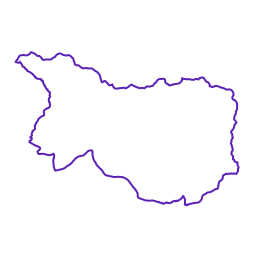 the district of Chiscas, Boyacá, Colombia, rotated 88°
{"feature_id": "7082276B27697411735501", "entity_name": "Chiscas", "entity_type": "district", "adm_level": 2, "iso_a3": "COL", "parent_name": "Colombia", "parent_adm1": "Boyacá", "projection": "orthographic", "projection_center": [-72.39, 6.674], "detail": "fine", "context": "isolated", "style": "outline", "palette": "violet", "viewbox_px": 256, "rotation_deg": 88, "n_neighbors": 0, "source": "geoboundaries", "source_scale": "gbopen_adm2", "svg_char_len": 5713}
<svg xmlns="http://www.w3.org/2000/svg" viewBox="0 0 256 256"><g transform="rotate(88 128 128)"><path d="M93.5,23.7L92.9,25.2L93.1,27.8L92.9,28.6L92.4,29.3L91.3,31.7L90.5,34.6L90.1,35.0L89.5,36.5L89.0,38.4L89.1,39.4L90.1,42.2L90.1,42.6L89.3,43.7L89.2,44.8L87.7,44.9L86.6,45.3L86.0,45.7L85.1,46.5L84.3,48.3L80.3,50.8L80.1,52.8L80.5,53.7L80.4,54.4L81.2,55.3L82.0,55.8L82.0,56.0L81.5,56.8L81.4,58.4L81.9,60.0L82.2,60.4L82.0,61.2L82.0,62.9L81.2,65.2L81.5,66.6L80.9,70.2L80.7,71.1L80.3,71.9L80.7,71.9L81.0,72.3L81.6,72.1L82.4,72.4L85.0,74.8L85.7,78.3L85.6,79.9L86.3,81.5L86.3,82.4L86.6,83.7L87.0,84.7L84.2,88.8L83.2,89.3L82.0,89.2L80.7,89.5L80.1,90.3L80.0,91.8L80.2,93.3L80.2,94.9L80.6,96.1L81.1,96.7L82.2,97.7L83.5,98.4L84.0,99.6L84.4,100.0L86.7,101.7L86.8,102.7L87.4,104.6L87.3,105.3L87.1,107.6L87.5,108.3L88.5,109.6L88.8,110.1L88.7,111.3L88.3,112.5L88.7,114.6L87.4,118.3L86.9,119.0L86.2,120.8L85.0,122.4L84.8,123.0L84.9,123.4L85.7,124.7L87.0,126.2L88.3,129.0L87.6,130.6L88.1,136.5L88.3,137.4L88.2,138.7L87.9,139.9L87.3,140.6L86.3,141.2L84.0,142.3L84.4,143.3L84.6,144.5L84.6,145.4L84.3,145.8L82.9,146.6L80.3,149.1L80.3,150.2L81.3,151.7L81.4,152.2L81.2,152.6L77.6,153.7L75.4,154.0L73.3,154.9L71.1,156.7L69.7,158.9L67.8,161.2L67.3,161.9L67.1,162.9L67.1,165.8L66.6,167.5L66.8,171.0L66.5,171.6L65.9,172.6L63.7,175.2L63.5,176.3L63.6,176.7L62.7,178.8L60.3,179.2L59.5,179.7L57.2,180.2L56.2,180.6L55.9,181.4L54.9,182.0L53.7,183.4L53.0,184.8L53.4,186.2L53.2,188.4L52.8,190.0L51.5,192.3L51.2,193.1L51.1,193.9L51.3,194.8L51.9,196.1L53.3,197.7L54.4,198.4L55.1,200.2L56.5,202.0L56.8,203.4L56.8,205.1L56.6,207.9L56.9,209.0L57.0,210.5L55.7,211.8L55.1,211.9L54.3,212.5L53.2,213.8L52.8,214.5L52.8,216.1L50.3,218.7L49.9,219.9L49.1,221.3L48.9,222.2L49.2,222.7L50.1,223.2L50.6,223.7L51.0,224.2L51.8,226.3L51.9,227.4L51.4,229.9L51.7,232.9L51.9,233.7L52.7,234.5L54.1,235.1L55.7,236.1L57.0,237.4L58.2,237.9L58.9,235.6L59.0,234.6L58.3,233.8L58.8,233.7L59.2,232.9L60.5,232.0L61.4,231.8L61.6,231.6L63.2,230.9L63.3,229.8L63.4,229.7L64.2,229.1L65.0,228.8L65.4,227.9L66.0,227.6L66.4,227.0L67.2,226.8L67.7,226.3L67.9,225.7L68.8,224.0L70.8,221.3L71.7,220.8L72.0,220.3L72.6,220.1L73.6,218.7L73.9,218.6L74.4,218.8L74.8,217.9L75.5,217.1L76.0,213.8L76.6,212.8L76.8,212.8L77.0,213.1L77.8,212.4L77.8,211.7L78.2,211.3L79.2,211.3L80.6,210.9L82.0,210.2L82.5,210.1L82.7,209.8L83.2,209.7L83.3,209.4L85.5,208.5L86.2,207.8L86.8,207.6L86.8,207.1L87.3,207.1L89.0,205.8L89.1,205.2L89.3,205.0L90.2,204.8L91.0,204.9L91.3,204.8L92.0,205.2L92.8,205.2L93.7,204.7L94.3,204.9L95.8,206.1L96.3,206.1L99.1,206.1L99.6,205.8L99.8,205.3L101.1,205.3L102.1,205.0L104.2,205.5L104.6,205.9L105.2,206.8L105.3,207.5L106.0,209.2L107.3,211.0L108.3,211.5L109.0,211.6L109.9,211.3L112.4,211.5L113.7,214.5L115.0,216.1L116.3,217.4L118.1,218.2L120.1,219.9L121.4,220.2L122.3,221.0L122.9,221.1L123.4,221.2L124.5,220.8L125.5,221.0L126.1,221.4L127.8,223.5L128.3,223.5L130.4,224.5L132.0,224.2L132.5,224.5L133.4,225.7L133.7,225.8L134.3,225.8L134.5,224.9L134.9,224.5L135.8,224.6L136.8,225.3L137.8,226.9L138.3,227.1L138.9,226.7L141.3,222.7L142.7,220.4L143.3,218.5L144.4,216.9L144.8,216.7L145.8,216.5L146.8,217.4L147.9,218.9L148.6,219.3L149.9,218.9L150.8,218.2L150.9,217.4L150.8,214.4L151.0,212.7L152.4,208.3L152.2,206.0L151.7,204.3L151.2,203.6L151.6,203.0L152.6,202.7L155.5,203.1L155.9,203.4L157.1,203.8L158.5,203.9L159.4,203.7L162.4,203.7L163.8,203.5L167.0,202.7L167.8,202.4L168.0,202.1L167.8,200.3L166.6,194.7L165.6,192.2L165.1,191.7L163.9,190.1L163.6,189.3L161.8,186.4L156.9,181.8L155.2,179.5L154.6,177.8L153.9,174.0L153.7,173.2L149.7,168.7L149.1,166.9L149.0,166.2L149.1,165.0L149.4,164.6L150.1,164.4L153.3,164.4L156.3,164.0L158.1,163.5L159.9,162.7L161.8,161.4L163.5,160.8L165.0,159.6L167.0,157.8L168.3,156.4L170.3,154.8L171.1,154.6L173.8,152.6L174.7,151.0L176.5,143.7L176.6,142.4L176.4,140.4L176.4,139.0L176.9,135.3L177.6,133.5L179.0,131.1L180.8,129.2L187.2,124.9L188.0,124.1L190.1,122.5L192.8,121.1L194.0,120.7L194.7,120.5L196.6,120.7L197.5,120.4L198.5,119.4L199.8,115.8L200.4,114.6L201.1,112.5L201.2,110.5L201.4,109.5L201.3,105.9L202.2,102.8L203.0,100.8L203.1,100.3L202.9,99.7L203.3,99.4L203.8,98.6L204.1,97.5L204.0,96.9L204.5,96.5L204.4,96.2L204.9,95.2L204.9,94.6L204.1,93.2L203.9,92.5L204.1,92.0L203.9,91.3L204.5,90.6L204.4,88.7L203.8,86.8L203.5,86.2L202.9,85.8L202.7,85.1L202.6,83.8L202.8,83.1L202.3,82.4L202.4,81.7L202.8,81.4L202.6,80.8L201.1,78.2L200.0,76.9L198.0,75.3L198.6,74.7L201.2,73.7L202.1,73.5L203.5,73.7L204.3,73.6L205.8,73.9L206.7,73.6L207.0,73.3L206.6,71.6L207.1,71.5L206.2,69.4L205.7,66.8L205.2,64.1L205.1,61.5L204.4,59.1L202.0,57.1L201.2,56.7L199.2,56.2L198.2,55.6L197.4,54.9L197.0,53.8L196.9,53.1L196.4,52.6L195.3,50.9L194.9,48.0L194.1,46.1L192.2,42.8L192.1,41.4L191.8,40.8L191.0,40.1L187.2,39.4L185.0,38.8L183.9,37.4L183.7,36.6L182.4,35.7L181.8,35.1L179.8,34.9L178.8,34.7L178.7,34.0L177.9,33.1L177.2,31.3L177.6,30.3L177.2,29.7L177.1,28.2L177.4,27.2L177.0,26.6L177.0,26.1L177.3,25.1L177.2,23.0L177.7,21.8L177.4,21.2L176.8,20.7L174.9,19.6L172.6,19.5L171.6,18.9L170.9,18.9L169.4,19.7L167.8,19.9L166.4,19.7L165.7,21.6L165.2,22.5L163.5,23.0L163.0,24.1L162.3,24.2L161.7,24.0L161.1,24.1L160.2,23.9L159.3,24.4L158.5,25.2L156.7,25.6L155.7,25.2L155.2,25.2L154.9,24.7L154.3,24.3L152.8,24.1L148.7,25.0L146.9,25.7L145.2,25.0L144.0,25.1L143.2,24.8L141.4,23.5L140.3,24.0L137.7,24.1L136.2,25.1L134.8,24.8L133.4,23.4L132.4,22.6L130.5,21.9L128.6,21.5L127.8,20.8L127.1,19.9L126.4,19.5L125.1,20.1L123.9,20.9L123.3,21.5L122.4,21.7L119.2,20.9L117.6,19.7L117.0,19.6L116.3,19.7L115.6,19.7L113.1,18.4L108.9,18.1L106.5,18.4L105.5,18.9L104.7,19.5L103.6,20.8L103.4,21.6L102.2,22.6L100.9,22.7L98.6,21.3L97.3,21.4L96.3,21.6L94.2,22.8L93.5,23.7Z" fill="none" stroke="#5b21b6" stroke-width="2"/></g></svg>